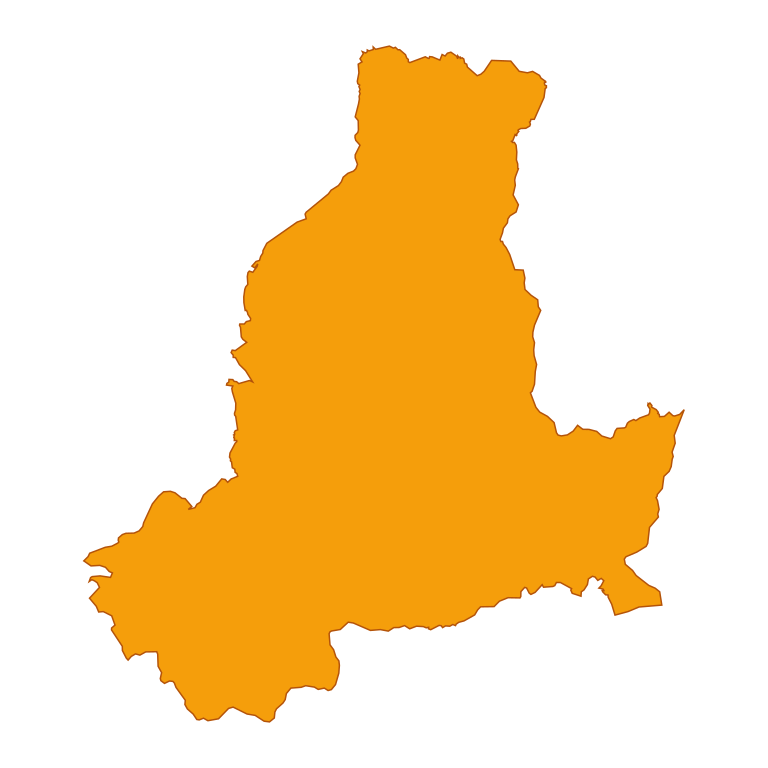 Coroieni, Maramures, Romania (orthographic projection)
{"feature_id": "2599482B87635814237961", "entity_name": "Coroieni", "entity_type": "district", "adm_level": 2, "iso_a3": "ROU", "parent_name": "Romania", "parent_adm1": "Maramures", "projection": "orthographic", "projection_center": [23.777, 47.377], "detail": "fine", "context": "isolated", "style": "filled", "palette": "amber", "viewbox_px": 768, "rotation_deg": 0, "n_neighbors": 0, "source": "geoboundaries", "source_scale": "gbopen_adm2", "svg_char_len": 6045}
<svg xmlns="http://www.w3.org/2000/svg" viewBox="0 0 768 768"><path d="M661.8,605.1L659.7,591.8L655.2,588.2L648.8,585.4L636.1,575.5L632.6,570.5L625.3,564.3L624.3,559.1L626.0,556.7L636.8,552.1L646.1,546.4L647.7,543.3L649.5,527.4L658.4,517.0L657.7,514.0L659.1,509.3L657.5,500.6L656.1,497.6L657.1,496.3L657.3,494.5L662.3,488.5L663.9,476.4L669.1,471.4L671.2,466.6L672.2,459.2L673.2,456.5L672.1,452.1L675.2,443.2L674.2,435.4L684.2,409.7L679.7,414.4L674.7,416.0L672.9,415.7L669.1,412.2L664.4,416.4L659.6,416.7L659.2,414.3L657.8,413.5L658.3,412.3L656.2,409.6L651.6,407.1L651.9,405.5L649.9,403.0L648.7,404.2L648.1,403.5L647.7,405.5L650.0,409.1L649.5,413.1L648.5,414.8L639.7,418.0L635.9,420.6L633.8,419.5L629.3,421.5L627.4,423.2L625.7,427.2L624.4,427.9L617.1,428.4L615.3,430.8L613.2,436.9L610.5,438.7L601.8,436.0L596.7,431.4L589.0,429.4L582.8,429.3L577.6,425.3L573.2,431.1L567.4,434.9L561.3,435.9L558.1,435.1L556.5,432.8L554.1,422.6L547.5,416.4L539.7,412.1L535.9,407.3L530.4,392.8L532.1,391.3L534.5,384.2L535.3,371.4L536.6,364.5L534.1,355.6L533.7,349.9L534.5,342.7L532.7,336.8L532.9,332.2L534.5,325.1L540.7,310.4L538.3,306.8L537.7,299.8L531.0,295.2L525.0,289.5L524.2,282.8L524.9,278.1L523.2,270.1L514.8,269.7L509.7,254.5L506.1,247.6L503.3,244.1L502.5,241.5L500.8,241.5L500.1,239.4L502.5,232.8L503.4,228.2L507.4,222.8L507.9,218.9L510.0,215.8L516.1,212.0L518.4,204.8L513.1,194.9L515.3,185.3L514.7,180.1L515.3,177.0L518.4,168.7L517.8,168.3L517.7,163.9L516.4,159.9L516.8,152.1L516.1,145.2L514.4,142.4L512.7,142.5L511.5,141.3L512.8,140.7L515.1,134.6L516.3,135.6L516.9,135.0L516.5,134.2L518.8,131.4L518.0,130.7L518.3,129.8L520.8,128.5L525.8,128.3L529.8,126.0L530.4,124.1L529.5,122.1L530.3,121.7L530.9,119.4L534.3,119.3L544.0,97.5L545.2,88.5L546.4,87.7L546.4,85.7L545.1,85.4L544.4,83.6L544.5,82.4L545.7,82.3L545.7,81.5L541.0,78.1L539.5,75.4L532.6,71.4L527.4,72.8L519.2,71.3L510.8,61.1L491.6,60.4L484.2,71.3L480.9,74.2L477.2,75.7L467.4,67.1L466.7,64.2L464.6,63.1L463.8,59.0L462.1,57.8L460.3,58.4L460.3,57.1L458.8,57.2L457.8,55.9L457.7,58.9L456.6,56.2L450.9,52.2L447.4,53.2L445.1,56.0L442.1,54.5L439.9,60.1L432.3,56.9L429.6,56.6L429.1,58.4L428.3,58.4L425.3,56.8L409.8,62.6L408.3,61.7L408.3,59.4L406.7,58.0L405.5,54.7L399.7,49.7L398.0,49.8L395.4,47.3L393.4,48.1L389.4,46.1L375.6,49.3L373.2,47.0L373.3,49.5L369.0,50.9L367.3,50.0L367.3,51.7L365.7,53.0L362.3,51.6L363.3,53.7L360.0,58.8L362.0,61.9L358.2,64.2L358.9,72.8L357.3,81.3L357.8,83.7L359.7,85.1L358.9,86.6L360.1,89.4L359.2,91.5L360.1,93.5L359.1,96.3L359.4,99.1L358.5,104.0L355.2,116.9L358.2,120.6L358.4,130.2L357.8,132.5L355.1,135.3L355.0,137.6L355.8,140.4L360.0,145.2L355.2,154.8L355.2,157.9L357.5,164.3L355.9,168.7L353.5,171.1L347.9,173.3L343.2,177.2L341.4,181.7L338.4,185.6L331.1,190.2L328.4,193.9L306.2,212.2L305.1,214.1L306.2,218.8L297.1,222.1L266.8,243.3L263.0,250.6L262.8,253.1L260.7,256.4L259.5,260.4L256.0,261.5L251.9,266.1L254.7,267.9L257.8,263.9L257.1,266.5L252.8,272.3L249.3,271.1L248.0,272.6L247.3,276.5L247.8,284.4L245.7,286.9L244.8,289.4L243.8,296.8L243.9,302.7L245.2,310.5L246.4,310.3L247.4,312.2L247.9,314.4L250.6,318.4L250.4,320.6L246.3,321.6L244.3,324.0L239.8,324.0L239.5,325.2L240.5,327.4L241.3,336.9L242.9,339.4L246.7,342.3L235.3,350.6L232.2,350.1L231.1,352.6L233.2,355.1L233.2,357.4L235.5,357.6L239.4,364.6L245.6,370.7L252.6,381.9L249.5,380.5L238.8,383.6L236.6,381.7L234.2,381.4L232.8,379.6L229.0,379.4L228.8,382.1L226.9,383.4L226.5,385.1L232.8,386.0L231.8,388.5L232.4,391.9L235.8,403.2L235.6,409.9L234.5,413.2L234.6,415.0L235.7,416.4L237.7,429.9L235.3,430.7L234.3,432.5L234.7,434.1L233.7,434.9L234.3,435.3L233.8,437.7L234.5,438.1L234.3,440.5L236.7,440.5L236.8,441.6L235.2,443.2L230.0,453.0L229.5,457.1L230.6,459.0L230.4,460.8L231.5,461.8L232.3,467.7L234.8,469.2L235.1,472.3L237.0,473.6L237.7,476.3L231.1,479.0L227.7,482.3L225.2,479.5L221.7,478.9L215.7,486.2L208.6,490.5L203.5,495.2L200.3,502.2L196.9,504.3L195.0,507.7L188.3,509.4L191.8,506.5L185.1,498.6L181.9,498.3L175.0,492.8L170.4,491.3L163.6,491.8L158.6,496.2L152.4,503.9L143.6,522.9L142.8,526.5L139.1,530.9L134.1,533.1L125.9,533.3L122.3,534.6L118.5,537.9L118.2,540.2L118.8,542.0L117.9,543.0L111.8,546.2L105.2,547.3L89.7,553.2L88.1,556.6L83.8,560.9L91.0,565.9L99.8,565.4L105.5,567.3L109.2,571.5L112.4,572.9L110.5,577.4L100.1,575.9L92.2,576.6L90.6,577.6L89.2,581.5L91.8,579.7L94.4,580.8L97.2,582.7L99.5,587.4L89.5,598.2L96.3,606.3L98.7,612.0L103.3,611.6L111.7,615.8L115.0,625.1L111.6,628.0L111.5,629.9L122.3,646.3L122.4,650.5L126.3,658.1L128.1,660.1L131.3,656.4L135.5,653.9L139.9,655.1L145.7,651.9L156.7,651.7L157.7,654.1L158.1,666.3L161.6,672.6L160.3,678.6L160.9,680.7L164.5,683.4L169.5,681.0L172.9,681.4L174.3,682.9L176.0,687.4L185.3,700.3L184.9,704.5L187.4,709.0L193.2,714.1L196.8,719.5L199.2,719.9L203.5,718.2L207.9,720.7L218.5,718.8L228.6,708.4L233.1,707.1L247.0,714.0L255.2,715.4L264.1,721.2L269.5,721.9L274.3,718.0L274.9,712.0L276.5,708.8L283.0,703.0L285.2,699.6L286.4,693.5L290.9,688.1L301.2,687.3L305.7,685.7L314.4,687.1L318.2,689.4L324.3,688.1L328.1,690.5L331.4,689.6L335.5,684.6L338.8,673.2L339.4,665.4L338.9,660.9L335.9,657.0L333.6,649.7L330.0,644.8L329.1,633.7L330.0,631.8L331.5,631.0L340.3,629.5L348.2,622.2L353.3,623.0L370.4,630.4L380.4,629.6L388.3,631.1L393.8,627.6L399.1,627.5L404.6,625.6L409.7,628.8L416.5,626.2L423.4,626.6L426.2,627.8L428.6,627.3L428.5,628.8L430.7,629.7L439.1,625.4L441.2,625.7L442.6,627.6L445.5,625.9L449.8,626.2L452.8,624.5L455.5,625.6L456.2,624.1L458.8,622.3L464.0,620.9L474.7,614.9L477.7,609.8L480.6,606.8L494.1,606.6L499.4,601.2L508.0,597.7L520.0,597.9L520.8,596.5L520.9,591.6L524.7,587.4L526.6,588.0L529.2,593.1L530.9,594.4L535.1,592.4L542.2,584.7L543.5,587.2L552.9,586.5L554.8,585.6L556.4,582.5L560.4,582.5L571.6,588.6L570.8,590.1L572.2,593.3L581.0,596.2L581.3,591.8L584.0,589.9L587.4,584.6L588.4,578.9L592.4,576.3L595.0,577.0L597.8,580.4L601.2,578.4L603.8,580.7L601.1,585.8L598.9,588.1L603.1,589.1L603.9,590.6L602.2,590.6L602.7,591.8L605.6,594.8L608.0,595.0L608.2,597.3L611.7,604.2L615.0,615.1L628.0,611.6L639.0,607.0L661.8,605.1Z" fill="#f59e0b" stroke="#b45309" stroke-width="1.5"/></svg>